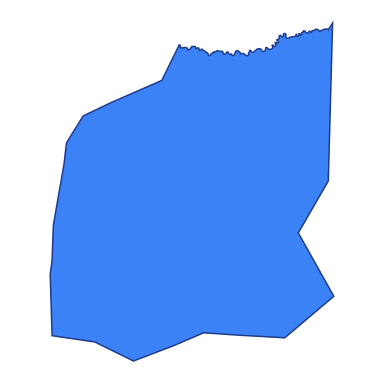 outline of Tu'mencogt, Sühbaatar, Mongolia
{"feature_id": "93677404B61124840987439", "entity_name": "Tu'mencogt", "entity_type": "district", "adm_level": 2, "iso_a3": "MNG", "parent_name": "Mongolia", "parent_adm1": "Sühbaatar", "projection": "albers", "projection_center": [112.543, 47.569], "detail": "fine", "context": "isolated", "style": "filled", "palette": "blue", "viewbox_px": 384, "rotation_deg": 0, "n_neighbors": 0, "source": "geoboundaries", "source_scale": "gbopen_adm2", "svg_char_len": 4508}
<svg xmlns="http://www.w3.org/2000/svg" viewBox="0 0 384 384"><path d="M52.1,335.7L94.8,342.0L133.4,361.0L173.8,345.6L203.6,332.8L240.7,335.3L284.7,337.8L333.8,296.3L298.3,232.9L328.3,181.0L332.6,23.0L328.4,29.6L328.3,29.3L327.9,29.0L327.6,29.1L326.2,29.1L325.1,29.0L324.4,29.1L323.9,29.5L323.5,29.8L323.0,30.0L322.7,30.0L322.4,30.1L322.2,30.3L321.8,30.3L321.5,30.3L321.2,30.5L320.4,30.8L319.9,31.2L319.6,31.2L319.3,31.2L318.8,30.6L318.3,29.9L317.8,29.6L317.0,29.4L316.5,29.3L316.1,29.2L315.8,29.2L315.3,29.6L314.8,30.1L314.5,30.3L314.2,30.4L313.5,30.4L312.8,30.5L312.3,30.7L312.1,30.9L311.9,31.2L311.9,31.7L311.8,32.0L311.4,32.4L310.8,32.3L310.4,31.7L310.1,31.4L309.9,31.3L309.6,31.2L309.4,31.3L307.9,32.8L307.4,33.1L306.8,33.1L306.2,32.8L305.7,32.3L305.4,31.7L304.8,31.1L304.4,30.9L303.9,30.9L303.5,30.9L303.2,31.1L303.2,31.6L303.1,32.0L302.7,32.4L302.3,32.4L301.9,32.7L301.5,33.0L301.5,33.6L301.5,34.2L301.4,34.6L301.2,34.9L300.9,35.1L300.6,35.1L300.1,34.8L300.0,34.3L299.6,33.9L299.3,33.7L298.9,33.7L298.7,33.9L298.5,34.1L298.4,34.5L298.5,34.7L298.5,35.0L298.6,35.5L298.6,35.9L298.3,36.3L297.9,36.4L297.3,36.4L297.0,36.1L296.6,35.8L296.4,35.2L296.4,34.9L296.4,34.6L296.3,34.4L296.2,34.3L296.0,34.6L296.0,35.0L295.9,35.4L295.5,35.9L295.0,36.4L294.5,36.6L293.8,36.7L292.8,36.6L292.4,36.6L292.0,36.7L291.5,37.0L290.9,37.1L290.4,37.1L290.1,37.2L289.8,37.3L289.1,37.8L288.5,38.1L287.6,38.2L287.1,38.2L286.5,37.9L286.2,37.6L286.0,37.2L285.8,36.6L285.8,35.9L285.8,34.8L285.9,34.3L285.7,33.9L285.3,33.7L284.7,33.5L284.3,33.5L284.0,33.6L283.7,33.8L283.5,34.2L283.3,34.8L283.4,35.4L283.5,35.9L283.3,36.5L282.9,36.7L282.4,36.9L281.9,36.7L281.5,36.4L281.1,35.9L280.8,35.6L280.5,35.4L280.0,35.5L279.6,35.6L279.4,35.8L279.2,36.1L279.1,36.6L279.2,37.0L279.3,37.3L279.4,37.7L279.3,38.2L279.1,38.6L278.7,39.1L278.2,39.3L277.6,39.4L277.1,39.6L276.9,39.7L276.9,40.0L277.2,40.5L277.7,40.8L278.1,41.3L278.4,41.8L278.4,42.4L278.1,42.8L277.6,43.0L277.1,42.8L276.6,42.6L276.1,42.4L275.7,42.4L275.3,42.5L275.1,42.9L275.2,43.4L275.5,44.0L275.8,44.7L275.8,45.4L275.7,45.9L275.3,46.2L274.7,46.5L274.2,46.5L273.9,46.4L273.5,45.7L273.2,45.2L272.8,45.1L272.5,45.1L272.3,45.2L272.1,45.4L272.1,45.5L272.5,46.2L272.7,46.6L272.7,47.5L272.4,48.3L271.7,48.9L270.9,49.2L270.3,49.4L269.3,49.4L268.4,49.0L267.9,48.7L267.5,48.2L267.1,47.7L266.7,47.5L266.3,47.5L265.9,47.7L265.7,48.0L265.6,48.6L265.6,49.4L265.3,50.2L264.7,51.0L264.3,51.4L263.8,51.5L263.3,51.6L262.7,51.3L262.3,51.1L261.7,50.4L260.9,49.4L260.7,49.0L260.2,48.8L259.3,48.8L258.2,48.7L257.6,49.0L256.8,49.3L256.4,49.6L255.5,50.4L254.6,51.2L253.8,51.8L253.3,52.3L252.3,52.3L251.6,52.1L251.2,51.6L250.9,51.1L250.7,50.6L250.4,50.3L250.1,50.3L249.8,50.4L249.6,50.6L249.5,50.8L249.5,51.7L249.3,52.1L249.1,52.4L248.8,52.7L248.6,53.1L248.5,53.8L248.6,54.7L248.4,55.1L248.2,55.3L247.9,55.6L247.2,55.7L246.8,55.7L245.9,55.2L245.2,54.8L244.5,54.2L243.8,53.7L243.1,53.4L242.8,53.4L242.0,53.8L241.6,54.0L241.2,54.0L240.8,53.8L240.4,53.3L240.3,52.8L240.1,52.5L239.7,52.0L239.2,51.6L238.3,51.0L237.2,50.8L236.0,51.0L235.6,51.7L235.4,52.5L235.0,53.0L234.8,53.2L234.6,53.7L234.5,54.6L234.3,55.1L233.8,55.5L233.2,55.5L232.5,55.5L231.9,55.0L231.8,54.5L231.6,54.1L231.4,54.0L231.0,54.1L230.4,54.2L229.9,54.3L229.3,54.1L228.8,53.7L228.5,52.8L228.1,52.2L227.7,52.1L227.2,52.0L226.8,52.1L226.5,52.4L226.1,53.0L225.8,53.6L225.3,54.0L224.8,54.2L224.2,54.2L223.5,53.7L223.2,53.1L222.9,52.1L222.6,51.7L222.3,51.3L221.8,51.2L221.0,51.2L220.2,51.2L219.7,51.2L219.1,51.1L218.2,50.8L217.1,50.9L216.4,51.1L216.1,51.4L215.7,51.8L215.3,51.9L214.4,51.9L213.7,52.1L213.0,52.5L212.4,52.8L212.0,53.3L211.3,53.8L210.9,54.1L210.4,54.9L209.9,55.5L209.2,55.7L208.2,55.0L208.1,53.8L207.7,53.2L207.5,52.9L206.7,52.6L206.1,52.2L205.5,51.8L205.0,51.2L204.2,50.7L203.3,50.3L202.6,49.7L202.1,49.2L201.8,49.1L201.6,49.1L201.3,49.3L201.1,49.8L200.8,50.3L200.4,50.5L200.0,50.5L199.6,50.3L199.2,49.7L199.0,48.8L198.8,48.2L198.2,47.9L197.9,47.9L197.2,48.0L196.7,48.2L196.4,48.4L195.9,48.4L195.5,48.0L195.5,47.4L195.4,46.9L195.2,46.6L194.7,46.4L194.1,46.5L193.5,46.6L192.8,46.5L192.2,46.4L191.9,46.5L191.6,46.8L191.1,47.4L190.5,48.8L189.7,49.2L189.1,49.5L188.7,49.8L188.2,49.8L187.7,49.7L187.5,49.0L187.3,48.4L186.9,48.0L186.4,47.7L185.8,47.5L184.6,47.5L183.2,47.8L181.8,47.9L180.8,47.8L180.3,47.5L180.2,47.0L180.3,46.5L180.5,46.0L180.3,45.4L179.8,45.1L179.2,44.9L161.8,80.4L112.1,102.1L83.2,115.9L66.5,142.8L64.0,164.3L53.4,224.8L52.0,261.1L50.2,274.0L51.1,304.3L52.1,335.7Z" fill="#3b82f6" stroke="#1e3a8a" stroke-width="1.5"/></svg>